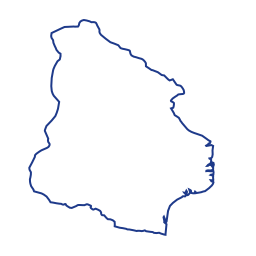 an SVG outline of Nigeria, rotated 278°
{"feature_id": "NGA", "entity_name": "Nigeria", "entity_type": "country or territory", "adm_level": 0, "iso_a3": "NGA", "parent_name": "Africa", "parent_adm1": "", "projection": "robinson", "projection_center": [7.751, 9.075], "detail": "fine", "context": "isolated", "style": "outline", "palette": "blue", "viewbox_px": 256, "rotation_deg": 278, "n_neighbors": 0, "source": "natural_earth", "source_scale": "50m", "svg_char_len": 4234}
<svg xmlns="http://www.w3.org/2000/svg" viewBox="0 0 256 256"><g transform="rotate(278 128 128)"><path d="M211.4,39.1L214.1,43.2L217.0,47.6L219.2,51.1L220.9,60.0L221.0,61.7L221.2,62.5L221.3,63.2L221.5,64.4L222.8,65.0L225.2,65.2L226.9,66.1L228.0,67.5L228.1,67.8L228.7,68.9L228.8,69.7L228.7,72.1L228.3,75.1L227.7,77.0L228.1,79.7L228.0,80.8L227.7,81.6L226.7,82.4L225.2,83.3L221.7,85.9L220.7,86.2L219.3,86.3L218.0,86.9L216.5,88.3L213.3,93.5L210.5,98.6L209.6,102.9L208.6,106.9L206.1,109.5L205.8,111.0L205.7,111.8L205.6,113.8L205.3,117.0L205.0,118.6L204.6,119.1L201.9,120.1L200.4,121.3L199.5,123.6L199.2,126.2L198.7,129.1L198.4,131.6L198.0,132.9L197.1,134.3L195.8,135.8L194.6,136.7L191.6,137.2L190.0,140.6L188.7,143.2L188.7,144.3L187.4,149.8L185.2,153.9L185.1,155.3L185.1,156.5L182.3,160.2L181.6,161.2L180.9,162.6L181.6,164.0L182.3,165.2L182.5,165.6L181.2,166.8L179.0,168.8L177.7,170.0L177.4,170.7L177.2,173.7L176.9,174.5L176.0,175.6L174.7,176.8L173.4,177.8L171.9,178.4L170.5,178.7L169.7,178.3L169.3,177.4L168.4,173.7L168.0,172.9L167.1,172.2L165.3,170.1L163.4,168.1L161.2,166.7L160.7,166.8L160.4,167.1L159.7,169.2L159.1,170.0L158.0,170.2L155.9,170.2L154.4,170.0L154.1,169.5L153.8,168.7L153.4,167.9L151.6,169.4L148.8,171.6L147.9,172.0L147.2,172.5L146.3,174.6L145.2,176.9L143.8,178.0L142.3,179.0L141.5,179.9L140.4,180.9L138.1,183.5L135.1,186.9L134.0,188.7L133.0,191.3L132.3,194.2L131.7,197.4L130.7,202.5L129.2,205.4L128.0,207.7L127.0,209.5L126.5,211.0L126.3,210.9L125.8,211.6L124.4,211.2L123.8,209.9L122.9,209.7L121.4,207.8L121.1,208.1L122.7,212.9L122.1,214.8L117.6,214.8L113.7,215.5L111.1,215.4L109.8,214.7L109.2,212.9L108.9,213.1L108.8,214.1L108.0,214.8L105.0,215.0L103.7,213.7L102.6,212.4L101.5,211.7L101.6,212.3L102.9,213.7L102.8,215.6L100.4,217.9L98.9,218.0L97.9,217.0L97.4,215.5L97.2,213.1L96.6,211.6L96.2,211.6L96.5,213.0L96.6,214.1L96.7,216.5L97.8,218.3L96.0,218.9L95.3,218.9L93.9,219.0L93.7,218.3L93.4,216.8L93.0,216.4L92.6,218.9L91.7,219.1L91.0,219.1L88.3,219.7L87.7,219.6L87.5,219.1L87.9,218.4L87.8,217.2L86.8,218.1L86.7,219.9L86.1,220.2L84.5,219.9L82.7,219.0L81.6,218.1L79.8,216.7L76.2,213.1L75.6,211.4L74.6,209.4L73.9,207.3L72.8,203.8L73.1,203.6L73.9,203.9L74.3,203.3L72.9,203.0L72.5,202.5L72.4,201.3L72.5,199.8L73.7,199.3L74.8,199.0L75.3,198.1L75.6,197.2L72.8,198.6L70.2,197.0L69.7,196.0L69.9,195.3L71.2,195.2L73.0,195.3L74.0,194.5L73.4,194.3L72.2,194.3L71.8,193.8L71.8,192.7L71.5,193.0L71.0,194.0L69.2,194.7L68.2,194.0L68.1,192.3L67.9,191.6L67.0,191.0L63.9,186.6L60.1,182.9L56.7,180.4L51.5,179.2L40.7,179.2L40.1,178.9L40.7,178.3L41.7,177.9L45.2,175.9L44.6,175.6L41.0,176.9L39.7,177.0L38.1,179.5L28.6,179.9L27.5,180.0L27.5,178.9L28.0,175.6L28.3,174.4L28.6,173.4L28.3,172.3L27.9,170.7L27.8,168.2L28.2,167.5L28.4,166.6L28.3,165.1L28.3,160.3L28.5,159.8L28.8,159.4L28.9,158.7L28.3,157.5L27.8,156.0L27.8,154.0L27.6,152.0L27.2,151.1L27.5,147.7L27.7,143.4L27.5,141.5L27.9,140.2L28.1,136.9L28.1,133.6L28.8,128.5L30.9,128.3L33.3,127.8L34.5,125.8L35.1,123.3L34.9,120.8L35.4,119.9L36.4,118.6L38.2,116.6L38.1,114.5L38.6,113.8L39.5,113.3L40.7,113.1L42.0,112.0L42.8,110.1L43.6,107.2L42.4,105.1L42.4,104.6L42.9,103.5L43.6,102.4L44.2,102.0L45.5,102.3L45.7,102.2L45.9,101.9L46.8,98.6L46.7,97.7L45.5,95.5L45.3,93.9L45.1,91.6L44.8,89.5L44.5,88.7L43.8,88.0L43.5,87.6L41.0,83.4L41.0,81.4L42.1,78.9L42.8,77.6L43.8,77.0L44.0,76.4L43.7,75.7L43.2,75.1L43.1,74.0L43.3,73.2L43.6,72.4L43.5,70.6L43.5,67.9L43.7,64.0L43.7,61.6L45.8,59.9L48.8,56.9L50.4,53.8L51.2,51.5L52.2,43.8L53.0,43.3L53.8,43.0L56.9,40.2L59.2,39.1L61.0,38.5L63.6,38.0L65.3,38.2L68.3,38.3L70.7,38.0L72.7,36.5L73.6,36.1L74.9,35.8L80.7,37.9L86.5,39.8L87.6,39.7L88.5,39.9L89.9,41.0L92.1,43.3L93.3,44.7L94.0,45.6L97.0,50.5L98.1,51.8L99.2,52.4L100.3,52.7L101.2,52.6L102.0,52.0L103.2,50.9L104.9,50.4L106.3,50.5L113.5,46.1L114.2,46.0L116.3,46.4L118.7,47.0L124.8,51.4L129.7,54.4L133.2,55.3L137.3,56.0L144.3,56.2L149.6,50.0L151.5,48.6L153.9,47.4L154.6,47.2L158.8,46.2L166.9,45.5L174.5,45.8L176.0,46.0L179.3,46.9L184.3,48.9L186.4,50.9L189.8,51.2L192.2,50.8L193.0,48.9L195.4,46.3L197.2,45.3L199.1,44.0L202.0,42.3L204.5,41.6L206.7,39.7L208.4,39.1L211.4,39.1ZM105.3,217.5L103.6,218.1L102.5,217.9L104.0,215.4L104.8,215.9L105.7,216.1L105.3,217.5Z" fill="none" stroke="#1e3a8a" stroke-width="2"/></g></svg>